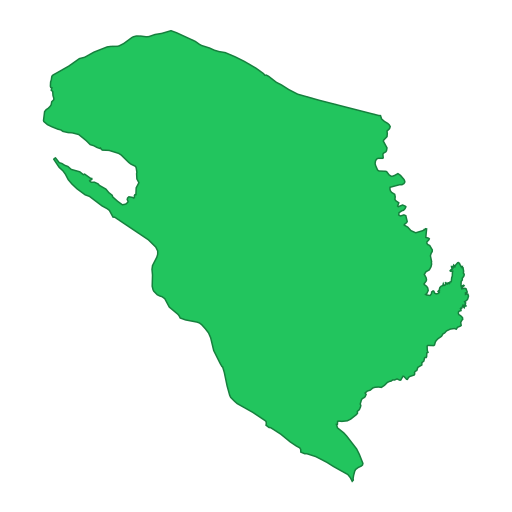 the district of Kampong Leaeng, Kâmpóng Chhnang, Cambodia
{"feature_id": "14789045B82078343775741", "entity_name": "Kampong Leaeng", "entity_type": "district", "adm_level": 2, "iso_a3": "KHM", "parent_name": "Cambodia", "parent_adm1": "Kâmpóng Chhnang", "projection": "mercator", "projection_center": [104.747, 12.405], "detail": "fine", "context": "isolated", "style": "filled", "palette": "green", "viewbox_px": 512, "rotation_deg": 0, "n_neighbors": 0, "source": "geoboundaries", "source_scale": "gbopen_adm2", "svg_char_len": 6017}
<svg xmlns="http://www.w3.org/2000/svg" viewBox="0 0 512 512"><path d="M180.2,318.0L185.5,319.9L197.0,322.1L199.5,323.0L201.7,324.7L205.4,328.8L208.6,333.0L210.7,337.9L213.7,350.5L220.2,363.5L222.0,366.6L222.6,366.8L224.3,372.4L227.1,385.9L229.7,395.3L230.7,397.4L234.6,401.3L237.2,403.6L252.7,412.3L265.1,420.6L266.1,421.5L266.3,423.8L266.0,425.2L268.2,426.9L269.0,427.5L270.7,427.7L280.7,434.1L290.2,441.9L296.3,446.0L299.7,447.8L300.7,449.4L300.8,452.1L304.6,453.7L306.8,453.7L315.8,456.6L327.0,462.4L333.3,466.4L347.8,474.5L350.3,477.6L352.2,481.3L353.3,480.1L353.1,478.6L353.6,475.4L354.7,471.2L355.6,469.5L358.2,467.5L361.2,466.1L362.5,465.0L362.9,463.4L359.3,454.3L356.6,448.9L346.7,436.1L343.9,433.0L337.5,427.9L336.4,424.4L337.4,424.4L337.6,421.4L338.9,421.1L341.8,421.4L347.3,420.8L350.7,419.1L356.4,414.6L357.5,413.2L357.3,411.4L359.3,409.7L360.5,406.9L360.8,405.4L360.2,404.0L361.4,400.0L362.2,398.7L364.6,397.3L365.2,396.5L366.1,394.4L365.1,393.0L367.4,391.0L370.2,390.2L372.8,388.0L374.9,387.3L378.4,387.0L381.4,387.4L384.5,385.3L387.4,382.4L389.8,381.3L390.9,381.2L392.8,379.9L394.6,380.0L397.0,378.9L399.6,380.1L400.7,380.1L403.0,376.2L404.0,376.5L406.6,379.3L407.4,379.4L408.3,377.8L409.5,376.6L414.2,375.0L414.7,374.0L414.5,372.4L415.3,371.3L416.8,370.5L417.8,367.4L421.8,365.0L421.9,362.6L423.8,361.1L424.6,357.8L425.3,357.4L426.2,357.5L426.6,356.7L426.8,352.9L428.0,352.4L427.3,350.5L427.1,346.1L427.9,345.4L433.7,345.6L434.5,345.0L435.3,342.1L436.2,340.6L438.0,338.7L441.5,336.3L443.0,333.8L444.6,333.0L446.5,330.9L450.3,329.1L454.4,328.5L456.3,329.2L457.5,327.3L460.6,326.0L461.2,325.4L460.7,322.5L461.8,320.3L462.7,319.4L462.5,317.6L460.6,315.7L458.8,314.6L458.3,313.2L458.6,311.6L459.6,311.0L460.9,310.7L461.1,310.1L460.4,308.6L460.8,308.1L461.7,308.3L463.0,305.1L463.8,305.4L463.3,306.7L464.2,307.7L464.7,306.3L466.0,305.9L465.0,304.1L465.7,303.0L464.6,301.7L466.5,300.5L467.6,299.2L468.5,296.1L467.9,294.2L466.2,294.1L465.5,294.4L465.5,292.8L467.0,292.6L467.2,292.0L466.0,288.7L464.9,288.3L461.7,288.8L461.6,288.0L464.1,285.7L463.6,285.2L461.2,286.4L461.0,284.8L461.2,281.4L462.3,280.0L462.3,278.2L463.7,276.4L464.2,274.9L464.1,274.0L463.4,273.2L463.6,271.1L463.0,267.7L462.0,267.6L462.3,266.5L461.0,266.6L460.5,265.3L459.5,264.1L459.6,263.4L458.3,262.5L457.7,262.7L455.4,265.3L454.8,267.0L454.1,266.8L454.4,265.8L453.7,265.1L453.0,267.6L452.2,266.5L451.5,266.5L452.1,269.3L450.9,269.8L450.1,270.8L450.5,271.2L452.7,271.2L452.4,272.7L452.3,276.1L451.7,277.6L451.3,281.3L451.0,281.8L450.1,281.9L449.6,282.5L449.7,283.1L449.2,283.7L448.5,283.4L448.5,282.8L447.9,282.9L447.4,284.0L446.8,283.8L445.8,282.6L445.4,282.9L446.0,284.1L444.7,285.4L444.0,285.4L443.3,283.8L442.8,285.6L441.2,286.2L439.9,287.5L439.3,289.5L439.5,290.9L439.1,291.3L438.4,290.9L438.0,291.5L439.2,292.6L438.0,293.6L436.3,293.9L434.6,293.2L433.9,291.3L433.1,290.9L431.6,292.0L431.5,293.6L430.2,295.5L426.4,295.0L425.6,294.4L426.7,293.7L428.2,290.5L427.7,287.9L426.6,286.3L424.2,284.5L424.1,283.8L426.3,280.8L426.5,279.6L426.1,277.7L424.3,274.4L426.0,271.7L429.3,269.9L431.0,266.8L431.6,264.2L431.4,262.3L431.6,261.7L430.4,255.8L431.1,253.4L432.2,251.6L432.3,249.9L429.7,245.5L427.8,244.6L426.8,243.3L426.9,241.9L428.8,239.9L429.3,238.8L428.6,238.2L425.8,237.4L426.6,228.9L425.5,228.7L424.9,229.4L424.1,229.5L424.0,230.1L422.3,230.8L415.7,232.8L410.9,230.6L407.7,227.1L404.3,225.2L404.3,224.5L406.6,222.6L407.2,221.5L405.8,215.7L403.9,214.9L400.5,216.0L398.7,215.0L399.0,212.7L402.0,210.7L403.5,210.3L405.0,208.7L405.9,206.8L405.5,206.3L402.6,205.0L398.3,206.7L397.6,206.1L398.8,202.8L396.1,201.0L394.9,199.5L395.2,196.8L394.7,194.3L391.6,192.4L390.5,191.0L389.9,189.2L390.0,187.3L399.6,184.7L402.0,184.7L403.9,183.6L404.7,182.4L404.8,181.4L404.0,179.5L400.5,175.4L397.9,173.6L394.7,175.4L392.3,176.3L391.3,176.3L389.1,174.9L386.6,171.6L385.6,171.3L379.0,171.0L377.6,170.1L375.7,165.8L375.1,163.7L375.5,160.9L376.2,159.7L377.0,158.8L378.1,158.3L382.6,158.3L383.2,157.9L382.9,154.4L383.1,153.8L383.6,153.1L385.8,151.8L386.5,150.7L387.0,147.9L383.3,141.1L383.7,140.1L387.0,136.6L387.3,133.6L387.0,131.1L389.5,128.7L390.2,126.6L389.2,124.8L387.7,123.4L384.5,121.5L381.6,119.0L380.5,115.6L378.7,115.5L319.3,100.3L297.7,94.2L288.8,89.6L281.6,85.0L276.3,82.3L268.6,76.3L266.3,75.1L264.8,75.3L263.6,73.7L256.0,68.2L244.3,61.4L235.5,57.0L225.2,52.6L219.1,51.6L214.3,50.2L209.5,48.0L201.6,45.5L199.5,44.4L195.3,41.4L176.7,32.8L171.0,30.7L161.8,33.4L155.0,34.5L148.9,36.6L146.4,36.8L140.9,36.1L136.4,36.0L133.3,36.8L131.8,37.6L123.8,43.5L119.3,45.8L117.7,46.3L111.0,46.4L107.2,46.9L94.0,52.1L84.6,57.3L79.4,58.6L68.8,66.1L52.9,75.1L51.9,76.2L51.7,77.1L51.3,79.9L50.6,82.0L50.4,86.2L50.8,87.5L51.9,87.8L51.2,90.2L52.7,91.5L53.0,95.6L53.8,98.2L53.8,99.7L51.7,101.8L51.2,104.7L50.2,106.3L48.1,108.4L46.2,109.6L44.6,111.6L43.5,120.5L43.8,121.5L47.4,124.6L51.7,126.7L57.9,129.2L60.8,129.9L62.9,131.4L68.2,132.6L72.1,132.8L78.7,134.5L86.2,140.6L90.2,144.6L93.8,145.7L96.9,147.4L100.0,148.5L100.5,148.0L101.6,149.6L102.5,150.1L109.1,150.4L118.7,153.4L121.2,155.0L128.7,162.4L130.9,164.1L135.2,166.2L136.1,167.4L136.9,172.3L136.6,173.7L136.9,178.9L138.9,182.7L136.2,187.8L135.9,194.7L134.9,194.7L134.3,195.9L134.5,197.2L133.8,198.1L132.5,197.4L128.9,196.8L127.6,198.0L127.2,199.5L128.1,201.5L127.7,202.4L125.8,204.1L122.4,204.8L117.6,201.3L112.7,196.9L112.2,195.3L108.8,192.6L105.9,189.1L99.4,185.4L98.1,183.9L94.4,182.2L91.4,182.3L89.8,181.3L89.6,180.6L91.8,179.5L91.8,178.5L90.5,178.3L84.6,174.1L83.4,174.7L79.8,171.8L71.2,169.4L67.9,166.5L64.7,165.3L61.9,163.5L59.3,162.7L55.5,157.9L54.2,158.6L53.8,159.3L59.2,167.4L63.0,170.9L65.4,174.2L68.2,179.6L72.0,184.1L77.0,188.8L85.1,194.8L89.5,196.4L102.0,205.9L107.2,208.7L109.4,210.4L113.0,217.1L114.7,217.2L148.4,239.8L155.8,247.1L157.7,251.0L157.7,254.3L156.8,257.2L152.5,265.6L152.0,269.4L152.5,275.0L152.2,286.2L153.0,289.6L153.7,291.1L157.2,294.7L159.8,296.0L162.1,296.7L164.8,298.7L169.3,307.1L177.8,314.2L179.0,315.6L180.2,318.0Z" fill="#22c55e" stroke="#15803d" stroke-width="1.5"/></svg>